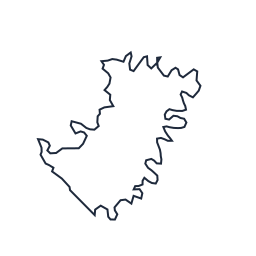 Entre Rios do Sul, Rio Grande do Sul, Brazil, rotated 58°
{"feature_id": "56859067B29197155480819", "entity_name": "Entre Rios do Sul", "entity_type": "district", "adm_level": 2, "iso_a3": "BRA", "parent_name": "Brazil", "parent_adm1": "Rio Grande do Sul", "projection": "mercator", "projection_center": [-52.727, -27.512], "detail": "fine", "context": "isolated", "style": "outline", "palette": "slate", "viewbox_px": 256, "rotation_deg": 58, "n_neighbors": 0, "source": "geoboundaries", "source_scale": "gbopen_adm2", "svg_char_len": 2006}
<svg xmlns="http://www.w3.org/2000/svg" viewBox="0 0 256 256"><g transform="rotate(58 128 128)"><path d="M130.6,44.2L124.0,44.7L116.7,39.3L113.1,41.2L114.2,54.5L110.4,56.2L104.8,54.5L102.1,55.8L102.1,60.4L105.4,67.0L102.6,69.8L92.6,70.7L88.1,68.6L89.8,76.7L85.0,78.0L77.3,73.9L76.3,77.1L82.7,93.1L79.6,95.3L74.0,92.7L69.1,87.0L65.4,85.7L65.9,91.7L69.4,96.7L64.0,101.4L61.2,104.8L60.1,109.5L57.3,115.1L61.7,114.9L64.2,118.1L71.1,115.8L75.9,116.0L80.5,120.2L82.2,123.8L83.4,127.8L90.4,125.4L94.7,128.6L101.7,128.9L98.0,137.1L97.4,142.4L101.1,144.3L102.0,147.5L106.9,151.0L110.8,151.8L111.6,157.4L109.0,160.9L105.9,163.3L99.5,165.6L92.4,172.2L95.5,175.2L104.8,175.4L105.8,170.0L108.5,167.6L112.8,167.1L117.6,174.5L119.1,180.5L110.5,194.5L111.1,202.2L108.3,207.3L104.3,208.3L101.6,203.7L98.0,203.2L92.7,206.4L89.8,210.2L98.9,211.8L102.5,213.9L104.3,216.3L114.5,216.7L117.3,214.8L122.2,212.3L124.6,215.4L135.8,210.9L147.0,208.8L150.0,210.1L184.2,202.4L179.8,199.1L179.4,192.3L186.2,188.6L192.8,191.8L196.3,191.3L198.7,187.6L195.5,182.8L190.9,182.8L188.2,181.5L185.3,172.6L187.4,168.0L193.9,165.2L188.5,159.2L194.8,154.2L190.9,150.4L186.0,150.6L183.1,155.7L181.1,152.7L182.8,149.8L183.6,145.6L180.5,143.6L178.9,140.5L183.8,138.9L187.3,136.9L189.8,133.9L187.8,130.5L183.9,128.4L179.7,129.5L176.3,130.5L172.4,132.1L167.4,132.2L165.0,129.7L166.6,124.6L169.5,123.1L173.2,122.4L175.7,118.9L172.3,116.3L169.2,115.1L166.6,113.7L163.3,112.4L159.2,111.6L155.6,110.9L152.4,109.0L153.9,105.3L157.0,102.9L160.0,101.0L162.1,97.5L159.2,97.7L155.5,98.2L150.6,98.3L145.9,97.5L147.1,94.4L149.3,92.4L152.2,89.1L154.6,85.6L156.1,82.9L157.0,79.6L154.3,75.6L149.9,75.5L147.3,78.2L144.2,79.9L141.7,83.0L142.6,88.7L140.0,91.4L136.1,89.7L134.3,86.5L134.0,82.9L136.4,80.8L139.2,77.7L142.3,72.9L143.2,69.1L139.7,67.8L136.7,67.5L133.8,66.8L130.9,65.9L127.5,65.6L125.7,62.8L129.2,59.9L132.6,59.0L136.4,56.7L134.9,51.6L133.8,48.2L130.6,44.2ZM88.1,68.6L85.2,63.2L83.9,66.1L88.1,68.6Z" fill="none" stroke="#1e293b" stroke-width="2"/></g></svg>